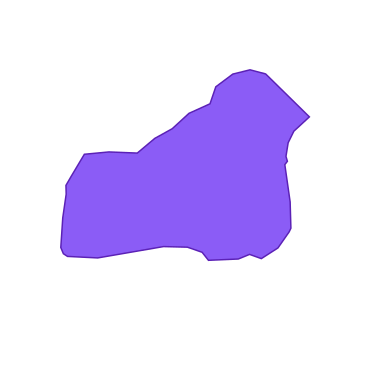 outline of Santa Catarina Barahona, Sacatepéquez, Guatemala, rotated 140°
{"feature_id": "79465075B35254467846514", "entity_name": "Santa Catarina Barahona", "entity_type": "district", "adm_level": 2, "iso_a3": "GTM", "parent_name": "Guatemala", "parent_adm1": "Sacatepéquez", "projection": "robinson", "projection_center": [-90.807, 14.557], "detail": "fine", "context": "isolated", "style": "filled", "palette": "violet", "viewbox_px": 384, "rotation_deg": 140, "n_neighbors": 0, "source": "geoboundaries", "source_scale": "gbopen_adm2", "svg_char_len": 603}
<svg xmlns="http://www.w3.org/2000/svg" viewBox="0 0 384 384"><g transform="rotate(140 192 192)"><path d="M53.8,174.1L59.7,235.1L69.0,248.3L84.9,256.1L106.1,257.3L121.5,248.0L143.7,254.2L166.5,253.2L186.0,257.0L208.9,257.0L229.9,276.1L250.2,290.1L275.2,281.4L284.3,278.1L289.8,271.2L307.6,255.3L328.2,233.8L330.2,227.4L328.8,222.7L306.6,202.1L248.9,168.5L231.0,152.7L223.0,139.3L223.3,129.1L199.6,110.9L188.0,107.2L181.7,96.4L162.1,93.9L143.2,99.0L139.5,100.7L123.2,121.3L103.3,153.3L99.2,154.2L97.1,158.9L86.7,167.9L74.9,173.1L53.8,174.1Z" fill="#8b5cf6" stroke="#5b21b6" stroke-width="1.5"/></g></svg>